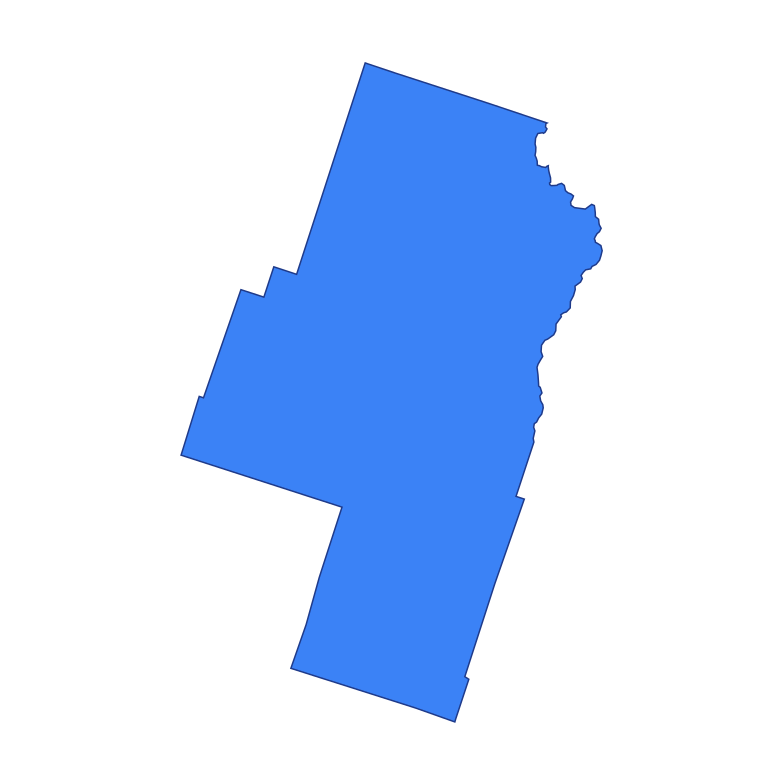 the district of Routt, Colorado, United States of America, rotated 18°
{"feature_id": "52423323B89811146256412", "entity_name": "Routt", "entity_type": "district", "adm_level": 2, "iso_a3": "USA", "parent_name": "United States of America", "parent_adm1": "Colorado", "projection": "albers", "projection_center": [-106.78, 40.461], "detail": "fine", "context": "isolated", "style": "filled", "palette": "blue", "viewbox_px": 768, "rotation_deg": 18, "n_neighbors": 0, "source": "geoboundaries", "source_scale": "gbopen_adm2", "svg_char_len": 1777}
<svg xmlns="http://www.w3.org/2000/svg" viewBox="0 0 768 768"><g transform="rotate(18 384 384)"><path d="M458.4,85.4L399.0,84.8L298.8,84.8L266.9,84.5L267.0,306.7L243.0,306.6L242.9,338.5L218.8,338.5L216.6,452.9L212.1,452.9L213.0,514.4L382.1,514.1L382.2,588.0L384.3,636.9L383.3,683.2L514.0,682.4L555.8,683.5L555.7,680.1L555.9,638.6L551.3,637.4L551.1,539.8L553.0,450.1L544.3,450.1L544.5,392.9L542.7,389.6L542.0,382.0L539.7,378.9L539.2,375.3L540.9,373.0L541.6,368.4L543.3,363.9L542.8,357.5L541.5,354.7L538.2,351.6L535.9,347.3L537.0,343.7L533.6,338.9L531.7,338.1L530.7,335.4L527.6,327.7L524.4,320.9L524.4,317.6L525.2,313.8L526.4,308.7L523.4,304.7L521.8,298.4L523.5,292.7L525.8,290.7L530.2,284.7L530.9,280.3L529.1,273.8L531.9,265.2L530.7,263.6L532.8,260.8L535.2,259.1L537.6,254.1L535.8,247.9L536.9,241.4L536.7,235.1L535.4,231.9L539.4,226.3L540.0,222.5L537.9,219.9L539.0,216.2L540.5,213.1L545.0,210.6L545.5,207.9L548.7,204.8L550.7,199.7L550.7,195.1L550.3,189.8L547.5,185.3L543.6,184.3L541.3,183.9L540.5,182.3L539.2,181.0L539.4,178.6L540.2,175.1L541.8,172.6L542.4,168.8L539.6,166.1L538.8,164.7L537.2,161.0L533.3,159.5L532.0,155.8L530.0,151.4L528.9,149.3L526.0,149.0L524.1,151.6L521.4,155.4L510.7,157.4L506.7,156.3L505.2,153.3L506.0,149.7L506.1,146.6L503.1,145.5L499.8,145.3L496.8,144.0L495.9,142.4L494.1,139.4L490.9,138.3L487.9,140.4L487.1,141.6L484.6,142.6L481.6,143.7L480.0,143.1L479.3,141.7L480.1,140.5L478.7,136.5L476.1,132.5L474.7,130.1L473.0,126.5L472.8,125.6L471.7,126.5L470.8,128.1L466.7,128.7L464.2,128.3L462.3,128.6L461.9,127.7L460.8,124.7L459.0,122.1L457.0,119.9L456.5,116.3L455.3,112.0L453.5,109.0L452.2,103.3L452.9,98.2L457.2,96.0L458.1,96.3L459.3,95.0L459.7,93.5L460.2,91.0L458.2,89.7L457.5,86.3L458.4,85.4Z" fill="#3b82f6" stroke="#1e3a8a" stroke-width="1.5"/></g></svg>